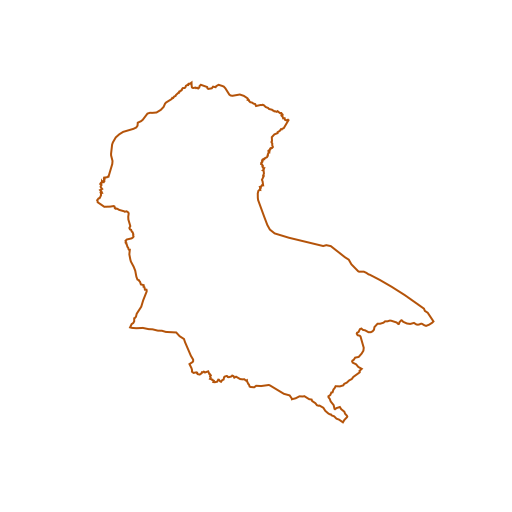 Veun Sai, Rôtânôkiri, Cambodia (orthographic projection), rotated 125°
{"feature_id": "14789045B84584240899175", "entity_name": "Veun Sai", "entity_type": "district", "adm_level": 2, "iso_a3": "KHM", "parent_name": "Cambodia", "parent_adm1": "Rôtânôkiri", "projection": "orthographic", "projection_center": [106.861, 14.079], "detail": "fine", "context": "isolated", "style": "outline", "palette": "amber", "viewbox_px": 512, "rotation_deg": 125, "n_neighbors": 0, "source": "geoboundaries", "source_scale": "gbopen_adm2", "svg_char_len": 6138}
<svg xmlns="http://www.w3.org/2000/svg" viewBox="0 0 512 512"><g transform="rotate(125 256 256)"><path d="M279.4,425.2L279.7,424.3L280.3,424.6L281.6,423.1L282.0,423.1L281.6,423.7L282.4,424.3L283.3,423.8L283.6,424.3L283.4,424.8L284.1,424.3L284.8,424.4L285.0,425.0L286.3,424.9L286.2,423.6L286.7,423.2L288.1,423.2L288.7,422.6L289.3,420.5L291.4,421.5L291.7,420.0L292.4,419.9L292.0,419.3L292.2,418.9L292.9,418.8L292.9,418.4L293.8,418.9L295.1,417.8L297.9,417.3L298.5,417.3L299.0,418.0L301.4,418.1L301.5,417.6L302.8,416.5L302.7,408.5L299.2,403.8L296.7,401.2L296.6,400.3L297.7,399.2L297.4,398.5L297.8,398.1L296.9,396.8L296.7,394.5L295.0,389.6L295.0,388.9L293.6,387.6L293.6,385.5L294.3,384.6L297.1,383.2L299.4,381.4L303.6,376.1L305.7,375.8L306.5,374.5L306.2,373.3L307.3,371.7L307.3,370.7L308.6,368.9L309.2,368.8L310.4,367.4L311.6,367.5L312.9,368.0L316.6,371.3L318.4,371.6L318.9,370.8L319.6,370.7L320.0,370.2L319.8,369.5L320.8,368.7L321.0,368.0L322.2,366.7L322.5,365.5L323.6,364.2L323.8,363.3L323.4,362.9L327.3,360.7L331.0,356.9L332.3,355.3L335.0,350.0L337.3,346.5L341.6,342.1L343.3,339.6L343.0,337.8L343.5,337.3L343.6,336.3L345.3,334.0L344.3,331.3L345.1,330.6L345.7,330.5L345.6,329.4L347.3,327.7L346.4,326.4L346.7,326.0L347.8,325.2L357.0,323.0L363.4,320.9L371.7,320.6L374.6,319.5L376.6,319.7L376.9,320.0L379.4,318.3L381.3,318.1L383.1,318.8L386.7,318.2L386.0,316.3L383.8,312.6L379.8,307.4L377.5,302.0L375.4,298.7L373.5,293.7L371.2,290.2L369.9,286.3L364.4,277.5L365.5,272.6L365.3,267.4L367.3,264.7L375.1,252.1L376.9,248.1L378.1,247.2L379.2,247.1L382.7,248.5L384.9,244.5L386.1,243.0L387.5,242.1L387.6,240.1L385.5,238.1L385.3,237.3L386.0,236.9L386.2,236.0L385.4,234.1L383.5,233.4L382.2,233.6L382.0,232.9L380.8,232.6L380.5,231.8L380.7,231.0L377.9,229.0L379.6,226.3L379.7,225.8L379.3,225.8L379.7,224.5L381.1,224.5L381.7,223.3L383.0,223.2L382.3,220.8L382.7,220.5L382.4,219.0L383.7,218.6L383.0,217.3L381.2,215.7L378.9,216.0L378.6,215.4L379.2,213.7L379.1,212.5L377.2,212.5L375.8,211.7L373.6,212.6L372.8,212.5L371.1,211.2L370.9,210.5L371.3,209.7L370.9,208.8L368.7,207.0L367.6,206.9L367.3,205.5L368.1,204.0L366.3,203.1L365.9,198.4L364.6,196.0L363.7,195.0L363.8,192.6L363.0,192.2L363.7,191.6L365.3,188.8L365.3,188.1L366.6,186.3L366.4,185.3L364.6,182.2L362.2,181.4L359.6,177.2L354.3,171.5L354.0,170.2L352.9,154.1L350.9,148.5L352.3,144.7L352.7,144.4L349.8,141.9L346.0,139.9L344.2,137.0L343.1,136.0L342.8,130.3L341.7,128.1L342.6,126.8L342.5,122.9L343.3,120.5L342.7,118.7L342.1,118.2L341.7,113.8L343.1,110.4L343.5,106.5L343.4,104.9L342.8,103.8L343.2,102.7L342.5,100.0L343.1,96.8L342.4,94.2L342.4,89.4L339.6,89.6L335.8,89.0L335.2,89.1L334.7,89.9L334.1,92.6L332.9,94.3L332.6,98.4L331.6,100.7L334.4,102.8L336.2,103.4L336.2,104.0L333.6,106.9L332.3,111.4L330.7,113.7L330.2,115.5L329.4,116.2L327.2,115.4L324.6,116.0L323.8,115.1L320.9,116.0L319.4,115.8L317.0,116.1L314.7,112.5L311.9,110.3L310.1,110.4L307.7,109.0L304.4,108.3L301.9,107.0L299.2,106.9L292.0,104.4L291.5,104.4L290.8,105.3L287.8,104.7L288.2,108.6L287.3,111.9L287.9,115.6L287.1,116.9L286.2,117.0L285.0,116.4L282.4,116.5L279.8,114.0L275.4,113.5L272.0,113.7L269.4,115.1L262.0,124.2L261.8,125.3L262.6,127.3L261.9,128.9L260.9,129.2L259.5,128.4L256.3,128.9L255.0,128.1L255.2,126.0L254.3,124.0L253.9,120.1L252.5,118.2L250.8,117.3L248.7,117.1L246.3,118.2L241.8,117.6L240.2,115.4L237.5,113.3L235.5,112.8L234.2,110.9L232.1,109.3L231.5,108.2L229.8,102.7L230.1,100.4L229.7,100.0L227.7,100.5L225.3,100.1L225.1,99.3L225.5,97.7L224.7,93.6L223.2,90.7L220.2,88.2L220.1,85.4L219.6,84.3L218.8,83.3L216.7,81.9L216.3,80.9L216.2,78.5L215.7,76.6L213.0,74.8L209.6,73.4L207.8,73.1L204.0,82.8L204.1,86.2L202.8,88.2L202.7,111.5L203.4,127.1L204.6,140.9L206.1,152.2L206.5,153.2L206.5,155.9L207.0,158.7L209.7,162.5L209.9,163.5L208.1,173.1L205.8,177.9L206.0,182.4L205.0,200.4L206.8,204.6L209.3,206.7L222.2,239.6L226.8,253.7L226.4,259.8L224.1,264.5L219.0,272.0L209.0,286.3L207.4,287.8L203.8,290.4L201.4,291.4L199.7,291.1L199.4,290.4L198.2,291.5L197.6,291.1L197.0,291.4L197.3,291.8L197.1,292.4L195.5,291.5L194.6,291.7L194.0,290.7L191.1,293.4L190.2,294.8L186.1,295.5L186.2,296.2L183.9,296.8L181.7,298.7L181.9,299.5L180.7,299.3L179.4,299.7L179.9,300.3L179.2,301.9L178.7,302.4L178.2,302.1L177.2,304.4L177.5,304.7L176.5,305.2L175.5,304.8L174.8,305.5L174.2,305.2L174.1,305.8L173.4,306.0L172.4,305.6L171.9,304.7L171.1,305.0L168.8,303.7L167.2,303.8L166.9,304.3L166.3,304.2L165.7,304.7L164.2,304.9L162.6,306.2L162.1,306.0L162.5,305.0L161.1,305.7L160.4,305.4L159.9,306.0L159.2,305.9L158.3,304.8L157.0,304.7L156.1,306.1L154.4,307.3L154.0,308.5L153.3,308.9L152.7,308.8L149.6,311.2L145.8,310.7L143.0,308.8L142.2,309.3L139.9,308.3L137.8,308.3L137.5,307.5L136.8,307.5L135.3,306.6L126.1,307.3L126.0,308.0L127.5,309.0L127.8,310.4L126.7,311.6L127.7,312.7L126.8,313.8L126.4,315.5L125.1,315.1L124.8,315.7L125.4,316.3L124.4,317.3L125.2,318.3L125.0,321.4L126.0,321.7L126.5,323.4L127.0,323.9L126.9,325.2L127.2,325.8L127.0,326.8L128.1,329.6L127.8,331.0L128.4,333.4L128.0,336.2L128.3,337.3L128.9,337.6L129.7,338.9L133.1,342.0L132.0,343.8L132.6,345.4L132.6,347.3L133.3,348.9L133.0,350.6L132.5,350.9L132.3,351.5L132.9,352.4L131.8,353.0L131.7,353.6L131.8,357.8L133.0,361.9L138.3,367.2L139.1,368.9L139.1,370.4L136.2,377.3L135.7,379.6L136.1,381.3L137.2,384.8L139.7,386.0L140.9,385.9L141.9,388.3L144.0,388.4L146.5,390.9L146.5,391.9L145.6,392.9L147.4,399.4L149.2,399.7L150.6,399.1L152.0,399.5L152.0,400.8L152.9,401.4L152.8,402.3L154.2,403.5L154.7,404.5L154.6,405.2L153.2,406.6L150.9,408.3L153.0,409.0L153.3,409.8L154.1,410.1L154.9,409.6L155.6,410.5L156.8,411.0L158.2,410.6L159.3,410.8L160.5,412.3L162.1,412.3L162.4,412.0L163.4,412.1L164.0,412.7L165.0,412.7L165.4,413.2L166.6,412.8L166.8,413.2L170.0,413.9L171.1,413.7L172.3,414.5L174.1,414.5L174.5,415.3L175.7,415.1L176.7,415.5L181.8,417.7L183.3,417.9L186.9,417.2L190.9,417.8L195.5,419.8L198.2,423.0L199.5,425.0L201.6,426.6L209.4,426.9L211.5,427.5L214.6,429.3L217.2,427.8L219.4,427.8L222.1,429.3L230.5,436.0L234.7,437.8L239.3,438.9L245.0,438.4L247.2,437.8L255.5,433.3L256.8,432.3L260.5,428.0L263.1,426.5L275.7,422.3L276.1,423.0L277.0,423.2L278.9,425.4L279.4,425.2Z" fill="none" stroke="#b45309" stroke-width="2"/></g></svg>